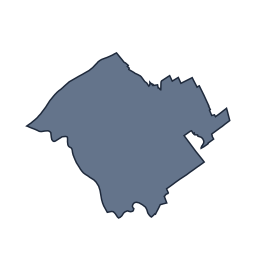 outline of Vadeni, Braila, Romania, rotated 218°
{"feature_id": "2599482B78618154614063", "entity_name": "Vadeni", "entity_type": "district", "adm_level": 2, "iso_a3": "ROU", "parent_name": "Romania", "parent_adm1": "Braila", "projection": "orthographic", "projection_center": [27.924, 45.353], "detail": "fine", "context": "isolated", "style": "filled", "palette": "slate", "viewbox_px": 256, "rotation_deg": 218, "n_neighbors": 0, "source": "geoboundaries", "source_scale": "gbopen_adm2", "svg_char_len": 4820}
<svg xmlns="http://www.w3.org/2000/svg" viewBox="0 0 256 256"><g transform="rotate(218 128 128)"><path d="M108.4,207.2L111.1,201.5L113.8,195.8L119.5,198.8L122.0,192.2L127.4,194.9L128.2,192.7L130.5,185.9L130.4,185.0L130.2,184.5L129.3,183.2L125.7,178.3L126.0,178.1L128.1,178.5L128.7,178.5L129.0,178.2L129.4,178.6L131.3,180.2L133.6,177.7L134.5,177.7L134.5,176.9L136.4,177.2L136.3,177.5L137.0,177.3L138.4,177.4L138.9,177.5L137.9,176.3L137.5,175.5L137.4,175.0L137.4,173.9L141.1,175.0L143.4,174.9L147.2,176.0L149.1,176.5L150.4,176.6L153.4,176.1L156.2,175.4L157.6,175.4L163.4,174.6L163.9,175.9L166.4,176.1L166.3,177.5L169.6,177.7L170.1,177.7L171.6,177.4L174.9,178.2L179.4,179.2L183.3,180.1L184.5,177.6L184.6,177.2L184.8,176.8L185.2,175.8L185.8,174.7L186.6,173.1L187.3,171.9L187.8,170.9L188.7,169.5L190.3,166.9L191.0,165.7L191.6,164.2L192.3,161.9L192.4,159.8L192.6,158.2L193.0,153.8L193.6,151.4L193.8,150.4L194.0,149.6L194.1,149.2L195.2,146.6L195.4,146.1L197.0,142.1L198.6,138.5L199.4,136.5L202.8,128.1L203.0,126.9L203.2,125.8L203.7,123.2L203.9,122.0L204.1,120.9L204.2,119.9L204.3,119.5L204.8,116.9L205.1,115.9L205.4,114.9L205.9,112.3L206.0,110.9L206.2,109.5L206.2,109.4L206.2,108.9L206.3,107.1L206.3,106.6L206.3,105.9L206.4,102.5L206.4,101.2L205.9,95.8L205.7,94.1L205.6,90.1L205.6,89.1L205.6,88.1L205.5,85.4L205.6,84.3L205.8,82.2L205.8,80.8L205.9,79.9L206.3,77.7L206.6,76.2L206.8,75.4L207.0,74.5L207.2,73.6L207.6,71.7L207.9,70.9L208.3,69.5L208.5,68.8L208.7,68.3L208.8,67.9L209.0,67.2L208.7,67.3L208.2,67.5L207.1,67.8L206.8,67.9L206.5,67.9L203.7,68.7L203.1,68.9L200.5,69.7L199.7,69.9L197.6,70.4L196.0,70.7L194.7,71.4L193.9,72.0L191.8,74.3L189.6,76.3L188.7,76.8L187.3,77.0L186.0,76.8L185.1,75.9L182.6,73.4L181.3,72.3L181.1,72.1L180.5,71.9L180.0,71.7L179.6,71.6L179.3,71.6L178.8,71.6L178.4,71.7L177.9,72.0L177.2,73.0L175.6,77.5L175.1,78.8L174.6,80.4L173.4,81.6L172.0,82.9L170.8,83.5L169.9,83.3L168.6,81.8L167.2,79.9L165.0,77.7L163.7,77.1L162.6,77.0L160.4,77.3L159.3,76.9L158.2,76.1L156.8,74.7L154.8,73.1L154.5,72.9L153.6,72.4L153.0,72.1L152.8,71.9L152.2,71.5L152.0,71.4L151.7,71.3L151.2,71.0L150.7,70.7L150.3,70.5L149.8,70.2L149.4,70.0L149.0,69.8L148.6,69.6L148.3,69.4L148.1,69.3L147.9,69.2L147.7,69.1L147.1,68.8L146.8,68.7L146.4,68.6L145.9,68.4L145.5,68.2L145.1,68.1L144.8,68.0L144.5,67.9L144.2,67.8L143.8,67.6L143.5,67.5L143.2,67.4L142.8,67.3L142.7,67.3L142.3,67.1L141.9,66.9L141.5,66.8L141.2,66.7L140.7,66.5L140.3,66.3L139.9,66.2L139.6,66.1L139.2,66.0L138.8,65.9L138.5,65.8L138.2,65.7L137.7,65.6L137.3,65.5L137.0,65.5L136.7,65.4L136.0,65.3L135.7,65.2L135.4,65.2L135.2,65.2L134.7,65.2L134.4,65.2L134.1,65.2L133.8,65.2L133.6,65.2L132.9,65.3L132.4,65.3L132.2,65.3L131.6,65.4L131.1,65.5L129.1,65.6L128.1,65.6L127.8,65.6L123.1,66.1L122.8,66.1L119.7,65.7L115.3,64.1L111.6,61.6L104.9,55.5L101.9,53.3L99.2,51.7L97.1,50.8L92.4,48.8L89.6,52.1L88.0,53.0L85.4,52.7L81.5,51.4L80.0,51.3L79.5,52.3L79.2,52.8L79.2,53.0L78.8,54.9L79.0,57.3L79.1,58.2L78.8,59.8L77.9,61.6L77.2,62.5L75.8,62.9L74.3,63.7L73.3,65.0L73.0,65.5L73.2,66.8L73.8,68.1L75.1,68.2L76.2,68.9L76.9,70.1L77.2,71.8L76.8,73.4L75.6,74.7L73.1,75.9L72.0,76.0L69.4,76.4L65.5,76.4L63.0,75.3L60.0,73.2L57.9,72.5L57.2,72.4L56.4,72.2L55.2,72.2L54.7,72.3L54.4,73.9L54.1,75.6L54.0,76.9L53.3,77.0L53.6,78.6L53.7,79.0L53.9,80.1L54.2,81.8L54.5,83.4L55.4,87.4L55.4,87.5L54.2,89.0L53.6,89.9L52.1,91.8L51.7,92.3L51.3,92.8L57.2,96.4L57.1,96.5L57.1,96.8L57.1,97.0L57.2,97.4L57.3,97.7L57.2,98.4L57.2,99.1L57.2,99.3L57.0,99.6L56.9,99.7L56.8,99.8L56.7,100.0L56.7,100.4L56.6,100.5L56.4,100.8L56.2,101.0L56.3,101.7L58.1,102.7L59.3,103.3L60.2,103.9L59.5,106.0L57.9,111.6L57.4,113.6L55.6,119.7L54.3,123.5L53.5,125.9L53.2,126.7L53.0,127.4L51.9,131.5L50.9,134.7L49.2,140.7L48.9,141.5L47.6,145.9L47.0,148.1L50.0,148.9L59.3,151.1L59.8,151.2L79.1,156.5L77.3,162.6L76.9,163.9L76.2,164.9L75.6,164.7L75.3,164.6L75.1,164.5L74.8,164.4L74.6,164.3L74.2,164.1L73.6,163.9L73.0,164.0L72.8,164.9L72.5,164.8L72.5,163.9L72.1,163.8L72.1,163.7L71.0,163.8L70.2,164.7L69.6,164.8L69.1,165.3L68.7,165.3L68.0,164.6L67.5,164.7L66.4,165.1L65.5,165.5L64.8,165.7L63.8,165.7L62.9,165.6L62.2,165.4L61.2,164.9L60.8,164.8L60.1,164.1L59.7,163.8L59.2,162.8L58.9,161.7L58.9,160.9L58.6,160.1L58.7,159.6L58.8,159.4L58.7,159.0L58.6,158.8L58.5,158.4L58.4,158.1L58.4,157.9L58.3,157.6L58.1,157.2L57.9,157.0L57.0,159.2L56.8,159.6L55.9,162.5L55.5,163.8L55.4,164.2L55.4,164.4L55.2,165.0L55.4,165.2L55.6,165.4L53.7,172.0L56.3,173.1L56.6,173.5L58.3,174.7L57.9,176.3L55.6,184.5L55.3,185.6L54.9,186.7L54.2,189.5L54.2,189.8L52.4,196.5L57.1,200.1L59.8,202.2L62.5,204.2L62.8,202.9L63.5,200.3L64.1,197.7L64.4,196.5L66.0,190.8L68.0,191.6L69.7,189.4L74.8,192.2L74.5,193.2L77.9,194.8L77.8,195.1L88.8,200.8L90.1,201.4L90.9,201.8L97.8,205.1L98.2,204.3L98.7,202.7L105.7,205.9L107.8,206.9L108.4,207.2Z" fill="#64748b" stroke="#1e293b" stroke-width="1.5"/></g></svg>